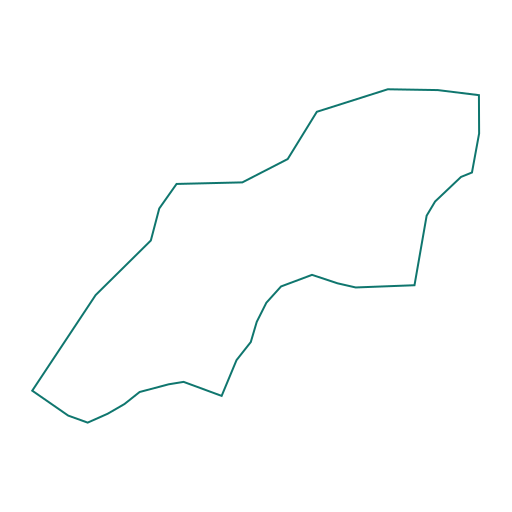 Cankova, Robinson projection, rotated 93°
{"feature_id": "SVN-926", "entity_name": "Cankova", "entity_type": "Municipality", "adm_level": 1, "iso_a3": "SVN", "parent_name": "Slovenia", "parent_adm1": "", "projection": "robinson", "projection_center": [16.051, 46.7], "detail": "fine", "context": "isolated", "style": "outline", "palette": "teal", "viewbox_px": 512, "rotation_deg": 93, "n_neighbors": 0, "source": "natural_earth", "source_scale": "10m", "svg_char_len": 574}
<svg xmlns="http://www.w3.org/2000/svg" viewBox="0 0 512 512"><g transform="rotate(93 256 256)"><path d="M188.2,339.1L183.2,273.5L157.5,229.4L108.8,202.8L82.6,133.1L80.8,83.2L83.7,41.8L122.0,39.6L161.3,44.7L166.3,55.4L192.2,80.0L206.8,87.7L276.9,96.2L282.2,154.8L279.0,173.2L271.9,199.1L285.1,229.4L302.1,243.2L321.7,251.8L342.2,256.7L361.0,270.0L397.5,283.0L385.5,321.7L388.7,336.5L397.9,365.1L410.7,379.6L421.3,395.9L431.2,415.4L425.2,435.2L402.2,472.4L303.4,414.1L246.1,361.9L245.4,361.7L213.6,355.1L188.2,339.1Z" fill="none" stroke="#0f766e" stroke-width="2"/></g></svg>